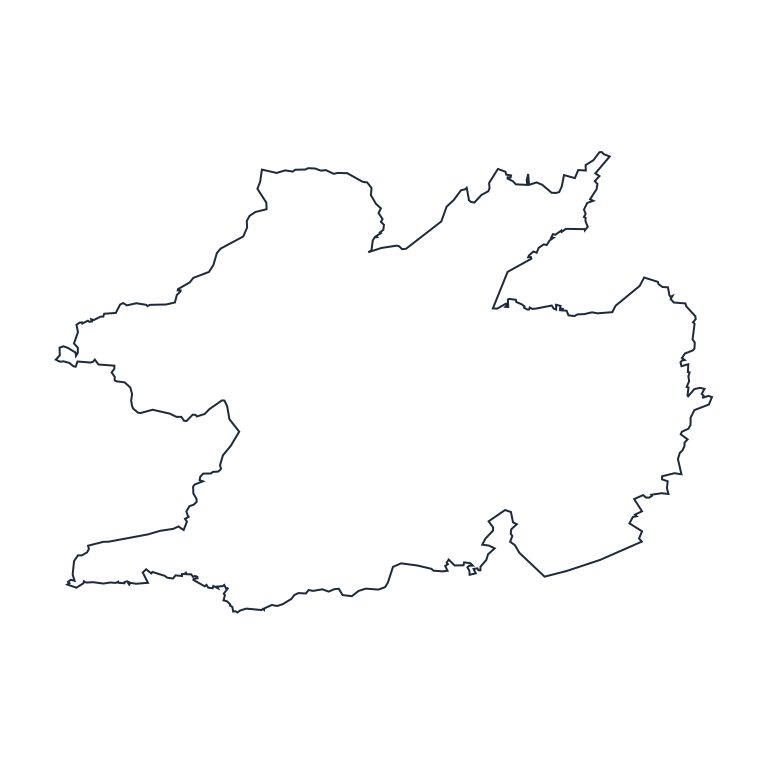 Concepción de Buenos Aires, Jalisco, Mexico (Equal Earth projection), rotated 87°
{"feature_id": "50627088B63447135743237", "entity_name": "Concepción de Buenos Aires", "entity_type": "district", "adm_level": 2, "iso_a3": "MEX", "parent_name": "Mexico", "parent_adm1": "Jalisco", "projection": "equal_earth", "projection_center": [-103.238, 19.979], "detail": "fine", "context": "isolated", "style": "outline", "palette": "slate", "viewbox_px": 768, "rotation_deg": 87, "n_neighbors": 0, "source": "geoboundaries", "source_scale": "gbopen_adm2", "svg_char_len": 6111}
<svg xmlns="http://www.w3.org/2000/svg" viewBox="0 0 768 768"><g transform="rotate(87 384 384)"><path d="M165.2,441.5L164.5,448.4L165.7,451.2L165.4,461.4L167.1,464.0L165.5,471.5L167.6,480.2L163.5,494.7L175.6,497.1L182.4,500.2L196.8,492.0L203.3,492.1L205.5,503.4L209.0,509.4L214.0,512.5L220.5,512.5L229.3,516.8L240.2,540.0L244.6,544.1L256.2,548.1L262.9,552.9L268.0,568.8L272.4,572.7L278.5,584.8L279.7,585.1L279.9,582.2L280.8,582.3L284.2,586.2L291.6,588.5L293.2,597.4L292.7,613.6L293.8,616.1L292.5,617.3L290.4,627.1L292.0,636.6L289.5,640.4L290.9,643.4L299.0,648.1L299.2,659.8L302.0,660.8L301.9,663.5L305.0,670.6L304.0,673.0L306.2,672.4L306.5,675.1L305.3,676.4L307.8,682.1L306.7,682.4L306.7,684.7L308.8,688.0L316.2,686.9L327.3,691.5L331.8,687.8L337.0,688.2L339.8,690.1L336.4,690.4L331.3,698.0L329.6,702.1L330.7,706.1L338.5,706.3L342.5,710.5L344.8,706.4L344.6,702.8L346.5,697.1L350.0,693.3L350.6,691.0L345.5,688.9L347.2,676.1L346.7,673.6L344.5,671.5L349.6,668.1L351.6,652.3L354.7,652.5L358.2,655.4L362.8,652.5L366.1,652.8L367.2,651.6L368.8,642.9L374.3,637.5L380.8,636.1L387.5,637.4L392.7,636.7L395.3,635.9L399.7,631.2L400.3,628.9L397.6,616.4L402.4,599.4L406.0,592.9L406.2,588.1L410.2,585.7L410.6,583.1L404.6,576.6L405.0,573.8L406.6,572.6L404.6,564.7L399.9,559.6L391.9,546.7L392.2,544.2L397.9,541.8L411.1,540.2L424.0,531.1L437.5,540.1L446.8,548.6L456.5,552.0L460.1,551.2L461.3,552.2L462.8,554.3L462.8,559.4L464.3,561.6L464.0,569.3L467.1,572.4L470.3,573.2L471.7,569.9L474.5,578.4L476.4,580.0L483.4,580.1L489.0,577.2L492.0,577.3L494.6,580.4L495.8,584.7L501.0,588.0L506.1,586.6L506.2,585.3L508.2,589.8L511.1,588.0L519.3,591.7L515.5,596.8L517.6,601.9L518.9,615.1L521.9,628.0L527.1,667.5L526.9,672.4L530.0,688.0L533.3,687.3L536.6,689.3L539.4,694.9L539.1,698.6L544.7,702.8L558.0,704.9L564.3,703.3L563.1,707.1L565.1,709.9L566.4,708.6L567.7,710.8L571.3,701.8L567.3,694.6L565.3,694.0L566.7,691.8L566.7,684.9L568.6,674.6L567.9,667.7L568.6,662.4L567.5,659.8L568.6,659.7L569.4,653.7L568.2,653.4L567.6,650.9L569.1,648.1L569.7,649.7L571.0,648.9L569.3,647.7L570.5,642.1L570.2,630.1L559.6,634.8L556.6,631.2L561.0,626.3L559.6,625.1L564.1,613.0L566.1,610.6L567.2,604.9L564.2,602.2L565.2,595.8L563.2,595.8L563.4,593.5L562.1,591.7L563.6,591.5L564.0,586.5L566.6,584.8L565.8,583.1L566.7,580.5L568.2,580.4L568.7,584.3L569.7,584.6L576.7,573.5L575.3,571.8L578.2,570.1L579.0,565.8L576.8,565.0L579.3,560.5L577.6,561.3L577.4,555.5L576.3,554.1L580.2,552.3L579.4,550.2L585.0,555.0L586.5,553.9L591.7,555.6L592.6,552.4L596.0,549.1L597.2,549.4L598.8,547.1L603.4,546.5L603.1,544.4L604.5,542.3L602.7,539.6L601.1,533.3L603.3,518.2L602.3,516.7L603.3,515.6L601.9,515.4L598.8,507.6L600.1,502.3L598.5,496.5L593.8,487.8L590.1,484.6L588.3,480.5L589.1,473.0L585.8,470.1L586.9,465.6L585.8,456.4L588.4,450.2L586.3,444.3L586.1,439.9L592.6,436.4L594.2,427.2L589.3,420.2L587.4,413.0L589.0,400.3L586.9,393.5L582.7,390.6L567.1,384.6L564.0,376.3L567.0,360.2L571.0,346.4L573.0,344.4L574.2,335.0L573.8,330.3L568.9,332.4L567.3,329.6L565.8,330.8L562.7,328.6L568.9,323.0L569.2,314.1L566.3,313.3L567.5,307.2L570.0,304.8L570.0,308.6L571.5,310.3L575.0,308.5L579.0,308.5L577.9,302.3L573.4,304.2L573.0,300.4L575.0,299.4L575.1,297.5L571.5,297.2L565.0,291.0L559.5,289.0L553.9,282.1L550.8,287.8L549.6,294.3L543.7,290.8L536.1,282.8L532.9,282.6L526.6,286.7L516.2,269.7L518.5,263.9L528.9,262.4L531.0,258.7L535.7,264.5L540.1,265.3L542.5,263.8L548.1,266.3L551.8,261.7L559.6,257.7L584.8,233.7L580.3,211.4L571.0,177.5L554.9,134.8L551.6,137.4L544.6,134.0L536.0,146.2L529.8,142.4L529.3,138.6L527.6,140.2L524.6,133.0L512.0,140.2L508.5,131.1L511.2,128.1L511.3,125.0L509.8,122.4L508.6,122.9L507.6,112.5L508.7,105.7L502.9,106.9L496.0,105.8L493.8,111.3L490.7,111.1L488.3,98.6L489.7,91.7L474.4,94.4L468.2,92.2L465.9,89.4L461.8,87.2L458.1,86.9L455.2,83.7L449.8,90.3L447.2,89.0L444.6,82.3L440.9,80.0L433.7,79.6L426.3,75.4L421.5,60.6L414.2,57.2L412.9,60.6L414.5,66.9L413.0,65.1L410.5,67.2L405.6,64.2L404.4,68.7L405.3,74.3L412.2,80.9L411.4,81.5L403.4,80.1L402.8,81.9L397.3,79.2L392.1,79.6L388.4,78.2L388.0,79.9L380.2,79.1L381.8,86.0L377.9,86.8L376.1,85.1L375.8,82.5L373.6,85.1L369.3,81.9L366.6,73.7L364.8,72.1L358.9,71.5L355.5,73.5L340.1,70.7L338.6,72.2L335.5,69.3L332.5,69.6L322.4,78.0L319.3,78.8L317.8,90.3L314.2,93.3L311.1,91.3L311.9,93.3L310.5,94.3L302.3,95.4L301.7,100.8L298.6,104.7L296.4,105.1L291.3,118.6L299.5,123.6L318.0,148.7L324.2,152.2L324.6,167.1L323.3,172.5L324.7,180.4L324.6,187.1L326.1,190.3L325.1,196.2L320.4,197.8L319.4,205.3L319.4,201.7L318.4,201.5L317.6,204.2L315.3,203.6L313.9,208.0L318.7,208.2L317.6,210.6L314.4,212.4L316.7,228.8L316.7,232.2L315.2,234.4L317.2,235.3L317.1,236.9L315.3,240.1L313.9,239.6L311.7,242.2L309.0,247.6L306.8,247.9L305.6,254.4L306.1,255.9L313.6,255.9L313.3,258.7L311.5,256.9L310.2,256.7L310.2,258.1L314.7,267.1L314.2,271.3L278.5,254.7L266.6,230.3L264.9,230.7L265.0,233.4L263.3,232.6L259.5,227.9L260.9,224.7L256.1,222.4L252.9,217.1L253.8,214.3L249.5,211.3L246.9,207.2L246.6,209.4L243.2,207.4L243.9,205.1L240.0,198.8L241.4,198.6L238.6,194.2L239.9,175.3L240.9,175.3L237.6,172.3L231.9,174.3L228.5,174.0L227.7,175.6L224.6,173.7L220.3,175.2L213.8,171.6L212.0,165.4L210.3,168.6L200.6,161.5L195.5,160.4L192.4,162.9L187.7,158.0L184.7,161.9L168.6,146.7L165.9,152.6L163.8,154.3L163.8,156.7L171.5,163.2L175.9,171.2L181.4,171.3L180.5,178.9L188.4,182.6L184.8,193.3L196.2,196.2L201.5,199.0L202.2,202.3L201.8,206.6L193.3,215.6L190.7,221.1L192.7,228.8L181.8,229.0L187.9,230.8L192.7,230.4L191.5,241.9L188.3,244.6L185.3,249.9L184.1,249.7L184.4,246.8L182.4,246.2L181.3,251.0L178.4,251.6L175.2,259.0L188.7,268.5L194.1,268.4L197.0,269.8L200.3,276.8L207.5,284.2L206.8,287.5L205.0,289.5L192.4,291.1L193.9,293.0L194.5,296.9L203.8,304.6L210.2,312.2L224.7,318.3L250.1,354.9L250.3,358.9L247.2,361.7L246.5,364.1L248.0,379.4L251.6,392.8L249.8,389.5L240.0,387.7L237.2,385.7L236.9,383.3L236.0,384.3L233.2,379.2L232.4,380.1L230.0,376.6L225.0,375.7L221.9,378.6L219.2,376.8L213.0,380.5L208.4,377.9L203.8,382.5L194.8,387.2L187.6,386.2L181.9,390.2L180.9,394.8L171.6,409.6L170.8,419.2L171.5,423.2L167.4,430.8L167.6,435.9L165.2,441.5Z" fill="none" stroke="#1e293b" stroke-width="2"/></g></svg>